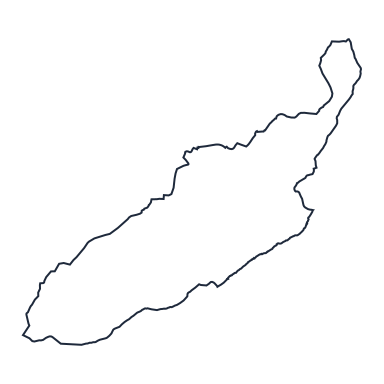 Galautas, Harghita, Romania
{"feature_id": "2599482B19771129677833", "entity_name": "Galautas", "entity_type": "district", "adm_level": 2, "iso_a3": "ROU", "parent_name": "Romania", "parent_adm1": "Harghita", "projection": "equal_earth", "projection_center": [25.388, 46.905], "detail": "fine", "context": "isolated", "style": "outline", "palette": "slate", "viewbox_px": 384, "rotation_deg": 0, "n_neighbors": 0, "source": "geoboundaries", "source_scale": "gbopen_adm2", "svg_char_len": 5998}
<svg xmlns="http://www.w3.org/2000/svg" viewBox="0 0 384 384"><path d="M313.0,210.1L311.6,209.8L309.9,209.6L308.0,209.1L305.1,207.4L304.1,206.4L303.5,205.1L303.1,203.4L302.1,198.8L300.9,196.6L299.8,194.1L299.2,192.6L298.4,191.8L297.0,191.4L295.7,191.5L294.9,190.7L294.3,189.0L294.5,187.5L295.8,185.8L296.8,184.0L296.9,183.2L297.9,182.8L299.3,181.5L305.4,177.9L306.0,176.6L306.8,175.6L307.8,175.2L308.2,175.2L310.2,174.6L312.5,174.1L313.8,171.6L313.9,169.8L313.7,168.7L314.1,168.6L316.5,167.7L315.8,165.4L315.5,161.1L314.6,158.9L314.9,158.3L315.5,157.4L316.1,156.5L317.1,155.2L317.5,154.8L317.9,154.8L319.3,153.1L320.8,150.9L323.1,148.0L324.1,146.0L325.2,144.4L325.8,143.1L326.4,141.7L326.5,140.3L327.4,137.1L328.0,135.8L329.4,134.7L330.6,133.4L336.0,125.7L337.2,123.3L337.2,120.0L336.7,118.4L336.9,116.8L338.6,114.7L340.1,110.9L341.3,108.7L349.0,99.4L350.7,97.0L351.5,95.5L352.7,94.0L352.6,91.3L353.3,88.8L353.4,87.1L353.3,86.1L353.9,84.9L355.6,83.2L357.1,80.9L358.4,79.6L359.6,77.8L360.2,75.9L360.7,73.6L360.4,71.6L361.0,69.1L360.7,67.9L357.3,62.9L355.5,58.8L354.8,57.9L354.5,56.5L354.3,55.2L353.3,51.5L351.8,48.9L350.7,42.3L348.8,39.2L347.8,39.5L345.9,41.5L344.0,41.1L342.5,41.2L339.1,41.7L331.9,41.4L330.4,45.0L329.1,46.5L328.0,47.4L326.9,49.8L325.8,51.5L325.5,53.0L324.5,54.3L320.8,57.9L321.1,60.2L320.3,63.1L319.3,65.7L320.8,68.9L322.5,73.5L328.4,83.2L330.5,87.4L332.4,93.4L331.9,96.7L329.2,101.1L324.4,105.0L323.7,105.5L323.6,106.1L323.1,107.0L322.0,107.4L321.3,107.8L319.7,109.0L319.2,109.8L319.2,110.8L316.4,114.0L309.6,113.4L304.5,112.8L300.8,112.9L298.8,113.9L296.3,116.6L294.7,117.6L291.2,117.5L286.8,116.5L284.6,115.0L282.4,114.2L280.7,114.1L278.8,114.7L277.8,115.3L276.8,116.2L276.4,117.2L276.1,118.5L275.0,118.6L274.0,119.7L272.1,121.3L271.5,122.1L270.5,123.0L269.8,123.6L265.1,130.4L264.5,130.3L263.6,131.5L262.7,131.5L257.5,131.9L257.0,131.1L256.1,131.6L255.6,132.4L255.1,133.7L255.2,135.2L252.8,138.1L250.4,141.8L248.8,144.0L247.6,145.3L246.2,146.5L240.3,144.4L237.3,143.2L235.5,145.3L234.1,147.7L233.0,148.7L231.8,149.1L230.1,148.9L228.1,148.2L226.7,146.7L225.9,147.1L225.3,147.8L223.6,146.4L222.0,145.5L220.6,145.0L219.0,144.6L217.2,144.5L215.6,144.6L212.4,145.1L206.1,146.2L199.3,147.0L198.5,146.9L198.4,147.9L197.4,147.7L197.3,148.7L197.1,149.3L193.6,147.9L192.6,149.1L191.6,151.2L191.2,151.8L190.4,152.2L189.7,152.2L188.2,151.5L187.3,151.3L186.4,151.3L185.9,151.7L185.4,151.8L185.2,152.1L185.1,152.8L185.1,153.5L183.4,157.5L185.7,159.9L188.3,163.3L188.5,164.1L188.1,164.6L185.5,165.2L183.5,165.8L177.0,169.0L175.6,173.3L174.6,178.6L173.6,187.8L171.4,194.1L168.7,195.4L163.9,195.1L163.6,199.0L159.4,198.8L156.8,199.2L151.5,199.3L150.9,202.4L149.2,204.9L148.8,205.0L148.4,206.2L147.3,207.6L144.3,208.7L143.8,209.7L142.4,210.2L141.7,210.8L141.6,212.6L140.0,213.7L136.5,214.8L131.2,216.0L129.0,217.5L127.8,219.1L117.8,228.0L109.8,233.9L105.3,235.0L94.4,238.4L89.0,241.6L87.6,242.9L84.1,248.1L76.5,257.2L73.5,260.0L69.9,264.6L63.7,263.0L59.1,263.8L54.8,271.3L51.0,271.4L46.2,277.1L44.4,280.9L44.1,282.5L43.2,283.1L40.2,283.3L39.9,285.0L40.0,288.8L38.2,292.6L38.3,296.1L34.9,299.6L32.2,304.4L31.8,305.0L31.0,305.8L30.1,307.3L27.9,312.3L27.2,312.8L26.5,313.5L26.4,314.6L28.5,323.6L29.3,325.6L23.0,335.1L29.5,338.3L32.3,341.1L34.4,341.5L39.3,340.3L41.0,340.4L43.1,339.9L45.9,337.9L47.8,337.0L49.5,336.4L51.0,336.4L52.0,336.8L52.9,337.4L60.8,343.7L81.5,344.8L86.0,343.6L87.6,343.5L89.8,342.7L91.2,342.8L93.2,342.2L94.9,342.2L95.7,342.0L97.6,340.8L98.6,340.3L100.0,339.7L105.2,338.4L106.5,338.0L107.4,337.4L108.3,336.6L109.2,335.9L111.5,333.4L111.7,332.8L113.2,329.8L113.7,329.3L115.1,328.5L119.5,326.8L121.9,324.3L124.6,322.0L127.1,320.3L129.1,319.2L131.5,317.0L133.4,315.8L137.1,312.7L138.2,312.2L139.5,311.7L140.9,311.0L142.2,309.8L143.4,309.3L144.5,308.6L145.2,308.4L146.6,308.6L147.5,308.3L151.5,309.3L157.0,310.1L158.7,309.6L160.5,309.1L162.8,308.9L164.2,308.6L164.8,308.8L166.3,308.6L167.4,308.2L168.0,307.8L169.5,307.4L169.9,307.1L170.4,307.0L171.1,307.1L171.9,307.1L172.6,306.7L173.3,306.5L174.6,305.7L177.0,304.9L180.0,303.1L183.6,300.5L187.3,296.4L187.5,294.0L188.0,293.0L188.8,292.4L190.2,291.7L191.5,290.4L195.3,287.6L199.1,284.3L200.9,285.0L205.8,285.4L206.4,285.5L208.9,283.8L210.0,282.7L210.9,282.0L212.1,281.9L213.6,282.5L214.5,283.2L217.0,285.9L217.4,286.8L218.6,286.0L220.9,284.7L223.7,282.7L227.2,279.2L227.1,278.9L227.5,278.7L228.2,278.8L228.1,277.8L229.8,276.0L230.6,275.9L230.9,275.4L232.0,275.2L232.5,274.4L233.6,273.9L234.4,273.1L234.9,272.9L235.9,272.9L237.7,270.7L238.9,270.1L239.9,269.1L241.1,268.6L243.2,266.5L245.5,265.0L246.0,264.3L247.7,262.9L248.1,262.4L248.2,262.0L248.6,261.9L250.5,260.5L251.2,260.2L251.5,259.7L252.0,259.7L252.1,259.3L252.7,259.0L253.3,258.9L253.4,258.5L253.7,258.2L253.9,258.5L254.2,258.6L254.5,258.5L254.6,258.0L255.5,257.5L256.3,256.5L257.3,256.0L258.9,254.9L259.9,254.4L260.2,254.2L260.5,254.2L261.0,254.3L261.5,253.8L261.8,253.8L262.3,254.1L263.5,253.4L264.3,253.2L265.8,253.1L266.4,252.7L266.7,252.2L267.3,252.0L267.4,251.7L267.6,251.4L268.1,251.4L271.2,249.4L271.8,249.2L272.3,248.9L272.8,247.9L273.6,247.3L274.0,246.6L274.6,246.3L275.4,245.7L276.3,245.4L276.7,244.9L276.7,244.2L277.2,244.0L277.4,243.6L277.8,243.4L278.3,243.3L278.8,243.5L279.2,243.5L279.7,243.6L280.5,243.6L281.0,243.5L281.6,243.2L283.2,242.0L285.4,241.0L285.7,240.6L286.0,240.4L287.1,240.4L287.6,240.2L288.6,239.2L289.6,238.6L290.0,237.8L290.5,237.5L290.9,237.4L293.2,236.2L293.7,236.2L294.2,235.8L295.2,235.3L297.3,235.3L297.9,235.0L299.8,233.7L300.6,232.8L301.4,232.2L301.8,231.7L303.0,230.5L303.4,230.0L303.9,228.5L304.7,228.2L304.9,227.8L305.2,227.5L305.4,227.2L305.6,226.8L305.8,226.0L306.0,225.6L306.0,225.4L306.1,225.2L306.5,224.7L306.3,224.3L306.3,224.1L306.5,223.9L307.0,223.8L307.2,223.6L307.2,223.3L307.0,223.0L306.9,222.5L307.2,222.0L307.9,221.2L308.0,220.5L308.4,219.8L308.6,219.6L308.6,219.3L308.1,218.2L308.3,217.6L309.3,216.7L310.8,214.4L312.3,211.8L312.5,211.0L312.8,210.3L313.0,210.1Z" fill="none" stroke="#1e293b" stroke-width="2"/></svg>